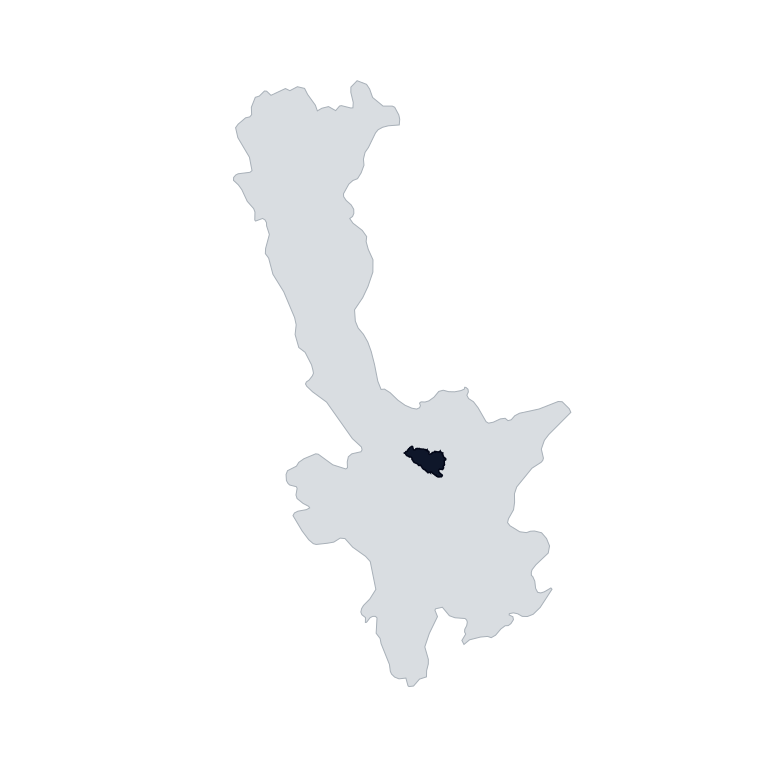 Longcheng, Vientiane, Laos shown in context, rotated 201°
{"feature_id": "54806243B40000805936315", "entity_name": "Longcheng", "entity_type": "district", "adm_level": 2, "iso_a3": "LAO", "parent_name": "Laos", "parent_adm1": "Vientiane", "projection": "orthographic", "projection_center": [102.87, 19.084], "detail": "fine", "context": "in_parent", "style": "filled", "palette": "ink", "viewbox_px": 768, "rotation_deg": 201, "n_neighbors": 0, "source": "geoboundaries", "source_scale": "gbopen_adm2", "svg_char_len": 8801}
<svg xmlns="http://www.w3.org/2000/svg" viewBox="0 0 768 768"><g transform="rotate(201 384 384)"><path d="M275.1,118.0L278.4,124.1L293.7,140.6L296.4,145.0L302.0,148.5L306.7,163.1L308.7,164.0L311.3,163.0L313.2,160.9L314.9,155.3L315.9,154.7L317.6,159.3L322.0,160.7L323.9,162.8L324.4,166.3L323.8,169.9L320.2,178.2L318.0,189.3L333.2,213.3L339.5,216.5L354.7,220.4L365.0,225.7L369.7,224.4L374.2,218.4L379.7,215.1L389.8,209.9L392.8,209.6L398.4,211.6L407.7,217.4L421.8,228.5L421.4,231.5L418.8,234.4L411.4,238.9L409.0,241.7L410.5,242.8L416.7,243.5L424.1,245.9L426.4,248.8L427.7,255.4L429.0,256.7L435.9,255.9L438.0,256.8L440.5,258.9L443.0,264.4L443.0,268.5L436.3,275.9L435.5,280.3L432.0,285.5L422.8,294.3L420.3,294.9L402.9,290.2L389.2,291.0L388.1,292.8L390.4,298.1L391.2,303.3L389.0,307.3L381.2,312.5L380.9,314.7L382.5,317.1L394.0,321.7L431.1,346.5L447.9,351.1L455.3,354.2L457.3,355.9L457.2,358.1L455.3,360.9L453.8,365.9L453.7,368.8L455.5,371.7L458.5,375.9L469.0,385.3L476.6,387.5L484.7,398.3L487.2,407.8L491.2,413.9L510.7,434.2L527.0,446.6L536.8,460.2L541.5,463.2L543.1,468.1L544.6,482.5L550.3,489.6L551.5,492.5L554.0,494.6L556.7,495.0L562.3,490.1L563.4,490.8L566.1,498.3L568.5,501.0L577.1,505.5L586.4,514.5L591.3,517.7L597.5,520.2L598.4,523.0L597.3,526.0L595.5,528.0L585.0,533.6L583.7,535.9L590.9,547.5L608.7,561.6L614.4,570.1L613.3,574.3L608.6,582.9L605.0,585.3L604.1,588.0L607.0,594.8L606.9,605.5L603.6,608.1L600.6,614.7L598.5,615.3L593.0,613.0L581.9,624.5L577.0,624.1L571.4,630.5L564.1,631.5L559.0,626.9L548.0,619.7L544.1,615.1L540.8,619.2L535.2,623.1L527.1,621.9L525.1,627.6L523.5,628.6L513.8,629.8L512.0,630.7L513.6,635.8L519.5,644.4L521.3,649.3L517.8,657.5L507.7,657.5L503.1,654.2L497.3,647.4L484.4,643.1L475.8,646.4L473.2,646.2L466.6,640.5L464.2,636.8L462.6,631.3L472.5,626.6L477.4,623.1L480.6,619.3L481.9,615.4L483.3,599.2L484.7,593.5L483.8,586.6L481.1,581.1L481.0,572.9L482.3,566.2L486.0,562.8L488.5,557.9L490.0,547.1L488.8,544.4L485.1,541.8L478.8,539.4L474.9,536.3L473.3,532.5L473.4,529.1L475.3,526.2L470.6,523.0L459.3,519.6L453.0,515.4L451.7,510.5L446.9,504.0L438.8,496.0L434.5,484.5L433.9,469.3L434.8,457.0L438.1,442.7L433.3,432.4L428.2,427.0L421.0,423.0L414.2,417.4L407.7,409.9L399.9,398.9L390.8,384.4L384.8,377.9L381.7,379.4L375.2,378.1L365.3,373.9L356.7,371.7L349.3,371.4L344.5,372.3L342.3,374.6L342.2,376.8L344.0,378.9L343.0,380.6L339.2,381.9L336.1,384.3L332.6,389.6L330.2,396.7L326.5,399.4L320.9,400.0L315.3,402.0L309.8,405.4L307.2,408.0L307.5,409.8L306.4,410.2L303.7,409.2L302.4,406.8L302.6,403.2L299.8,400.7L294.1,399.5L287.6,395.5L275.2,385.4L272.4,384.9L268.3,387.5L262.9,393.1L258.6,395.4L255.1,394.2L252.4,396.2L250.5,401.3L247.0,405.3L230.3,416.2L215.1,430.1L211.3,431.3L202.2,427.3L199.4,424.5L212.1,395.8L214.1,388.9L213.8,379.6L208.6,371.9L208.4,369.6L209.2,367.3L215.7,358.4L223.2,335.5L222.9,328.3L219.7,320.4L218.0,313.0L219.5,302.8L219.0,298.9L215.6,296.8L204.3,294.7L197.7,296.3L194.6,299.0L190.8,300.7L183.6,301.6L176.9,298.0L171.4,292.1L170.1,285.0L177.4,269.7L179.2,263.8L179.0,261.0L177.8,258.1L176.2,257.6L172.6,254.0L169.2,247.5L165.9,244.6L162.8,245.1L159.9,247.4L155.1,253.4L153.6,252.6L158.1,231.4L162.2,222.5L166.8,218.3L171.7,216.6L176.9,217.4L181.2,216.7L184.7,214.5L184.4,213.2L180.3,212.9L178.7,210.4L179.6,205.9L181.4,203.0L184.3,201.7L187.1,197.2L189.8,189.5L193.0,185.6L196.8,185.5L203.3,182.3L212.5,175.8L216.0,169.5L219.4,172.5L218.1,179.8L219.9,181.4L220.7,184.0L220.2,188.1L220.9,191.6L222.3,193.3L224.3,194.1L234.0,191.2L239.9,191.1L249.5,196.5L255.3,192.6L255.4,191.1L250.7,186.0L252.3,167.4L251.7,153.2L243.9,142.8L242.3,138.5L241.5,131.7L239.4,125.8L245.1,121.2L248.2,112.6L252.2,110.5L253.4,110.8L258.2,117.3L264.4,114.1L269.1,114.2L273.0,115.9L275.1,118.0Z" fill="#d9dde1" stroke="#a8b0b8" stroke-width="1"/><path d="M340.2,326.7L340.0,326.8L339.9,326.8L339.8,327.0L339.7,326.9L339.3,326.8L338.8,326.5L338.6,326.3L338.0,325.8L337.8,325.7L337.7,325.7L337.3,325.4L337.1,325.4L336.9,325.5L336.8,325.4L336.7,325.5L336.6,325.4L336.0,325.3L335.8,325.3L335.3,325.1L335.2,325.1L335.0,325.3L334.9,325.2L334.8,325.3L334.6,325.3L334.4,325.4L334.3,325.2L334.2,325.2L333.7,325.0L333.5,325.3L333.5,325.5L333.4,325.6L332.9,325.5L332.3,325.4L331.7,325.1L331.3,325.0L331.2,324.8L331.3,324.8L331.2,324.6L331.1,324.4L331.1,324.0L330.9,323.7L330.4,323.3L330.0,323.2L329.4,322.8L329.2,322.4L328.7,322.3L328.5,322.2L328.4,322.0L328.1,322.0L328.0,321.8L328.0,321.7L327.9,321.6L327.7,321.5L326.7,321.6L326.4,321.6L326.1,321.5L324.7,321.5L323.9,321.4L323.6,321.2L323.3,320.8L323.2,320.8L322.7,320.8L322.7,320.7L322.4,320.4L322.2,320.4L322.0,320.5L321.8,320.6L321.4,320.9L321.2,321.0L321.0,321.3L320.8,321.4L320.7,321.4L320.0,320.8L319.5,320.3L319.2,320.2L318.9,320.0L318.7,319.9L318.2,319.4L317.3,318.9L316.7,318.7L316.3,318.6L316.2,318.6L315.5,318.5L315.1,318.7L314.8,318.7L314.3,318.2L314.1,318.0L313.8,318.2L313.5,318.2L312.5,317.4L312.3,317.4L312.3,317.5L312.2,317.5L312.2,317.4L311.7,317.2L311.4,317.2L311.1,316.9L311.0,317.0L310.9,317.2L310.5,317.3L310.2,317.6L309.9,317.8L309.5,317.9L309.1,317.9L308.9,317.8L309.0,318.0L309.2,318.3L308.5,318.8L308.4,318.9L308.2,318.8L307.8,318.8L307.6,318.6L307.2,318.5L306.7,318.1L306.3,318.0L305.9,318.1L305.6,317.9L305.3,317.7L304.9,317.8L304.7,317.7L304.4,317.6L303.8,317.3L303.8,317.5L303.7,317.5L303.4,317.6L303.1,317.6L302.8,317.7L302.6,317.7L302.5,317.4L302.4,317.4L302.3,317.1L302.1,316.8L301.7,316.7L301.1,316.7L300.9,316.8L300.6,316.6L300.1,316.6L299.9,316.7L299.9,317.0L299.7,317.1L299.6,317.3L299.1,317.3L298.9,317.2L298.5,317.2L298.4,317.3L298.3,317.5L298.0,317.8L297.6,317.9L297.3,317.9L297.2,317.9L297.1,318.1L296.9,318.4L296.8,318.9L296.8,319.0L296.8,319.6L297.0,319.7L297.1,319.8L297.2,320.0L297.5,320.0L298.4,320.2L299.1,320.7L299.3,320.7L299.5,320.6L299.9,320.8L300.1,320.9L301.0,321.4L301.4,321.8L301.9,322.6L302.0,323.2L302.0,323.7L301.8,324.1L301.6,324.5L301.2,324.7L300.8,324.6L300.6,324.6L300.3,324.8L300.1,324.9L299.8,325.0L299.4,324.9L298.9,325.0L298.7,325.1L298.6,325.7L298.4,325.9L298.4,326.1L298.5,326.5L298.4,326.6L298.3,326.8L298.3,327.0L298.6,327.4L298.6,327.7L298.8,327.9L299.1,328.0L299.3,328.6L299.2,328.9L299.1,329.3L298.8,329.5L298.6,329.8L298.6,330.1L298.6,330.4L298.7,330.5L298.9,330.9L299.0,331.0L299.3,331.3L299.3,331.6L299.5,332.3L299.8,332.8L300.1,333.6L300.3,333.7L300.4,334.2L300.4,334.3L300.1,334.5L299.8,334.8L299.6,334.9L299.3,335.1L299.3,335.5L299.4,336.1L299.6,336.3L299.9,336.5L300.1,336.5L300.6,336.8L301.0,336.9L301.7,336.8L302.0,336.9L302.1,337.1L302.4,337.7L303.2,338.2L303.3,338.4L303.3,338.7L303.4,338.9L303.5,339.0L304.2,339.0L304.3,339.0L304.5,339.3L304.6,339.6L304.4,340.2L304.3,340.6L304.5,340.6L304.9,340.6L305.1,340.6L305.4,340.7L305.8,340.7L306.2,340.8L306.6,341.0L306.8,341.0L307.3,341.3L307.5,341.6L307.6,341.3L307.5,341.1L307.7,340.9L307.8,340.8L307.7,340.8L307.8,340.8L307.8,340.7L307.9,340.4L307.9,340.5L308.0,340.4L308.1,340.2L308.3,340.2L308.6,340.0L308.7,339.9L309.1,340.1L309.4,339.9L310.9,339.6L311.0,339.6L311.3,339.1L311.4,339.3L311.4,339.2L311.5,339.2L311.6,339.3L311.8,339.3L312.1,339.3L312.1,339.2L312.2,339.3L312.3,339.2L312.6,339.1L312.6,338.9L312.5,338.5L312.6,338.4L312.8,338.4L313.6,337.6L314.0,337.5L314.2,337.3L314.3,337.3L314.3,337.1L314.2,337.1L314.2,336.9L314.4,336.8L314.5,336.8L314.6,336.6L314.6,336.4L314.6,336.1L314.9,335.9L315.1,335.6L315.4,335.5L315.5,335.4L315.7,335.0L315.9,334.8L316.0,334.7L316.4,334.7L316.6,334.7L316.8,334.8L317.2,335.0L317.3,335.2L317.4,336.2L317.4,336.4L317.7,336.8L318.2,337.1L318.3,336.9L318.5,336.8L318.8,336.8L319.2,336.9L319.4,337.1L319.5,337.3L319.9,337.9L320.0,338.0L320.0,337.9L320.0,337.7L320.2,337.4L320.3,337.3L320.4,337.2L320.5,337.3L320.7,337.5L320.8,337.4L321.0,337.4L321.2,337.5L321.3,337.7L321.6,337.7L321.7,337.4L321.8,337.4L322.8,337.4L324.2,337.3L324.3,337.2L324.7,337.0L324.8,336.9L325.4,336.8L325.9,336.7L327.1,336.3L327.3,336.2L327.4,336.3L327.6,336.2L327.8,336.3L328.0,336.4L328.1,336.2L328.4,336.2L328.5,336.1L328.8,336.0L328.9,335.9L329.0,335.8L329.4,335.9L329.6,335.6L329.8,335.6L330.1,335.3L330.3,335.5L330.9,335.2L331.0,335.1L331.1,334.8L331.1,334.3L331.3,333.8L331.5,333.6L331.8,333.4L332.2,333.3L332.6,333.2L332.7,333.3L333.2,333.6L333.3,333.8L333.5,334.0L333.9,334.2L334.1,334.4L334.4,335.3L334.5,335.4L334.9,335.8L335.3,335.9L335.6,335.8L336.1,335.4L336.2,335.2L336.4,334.6L336.6,334.4L336.8,334.3L336.9,334.1L337.0,333.9L337.2,333.7L337.1,333.3L337.1,333.1L337.1,332.9L337.3,332.7L337.5,332.5L337.7,332.4L337.8,332.3L337.8,332.0L337.8,331.8L337.9,331.6L337.9,331.4L338.0,331.2L338.3,330.6L338.2,330.4L338.1,330.2L338.0,329.9L338.1,329.7L338.1,329.4L338.3,329.3L338.4,329.2L338.6,329.2L338.8,328.9L339.1,328.8L339.3,328.8L339.4,328.7L339.3,328.2L339.5,327.8L339.6,327.7L339.9,327.3L340.0,327.0L340.3,326.9L340.2,326.7Z" fill="#0f172a" stroke="#020617" stroke-width="1.5"/></g></svg>